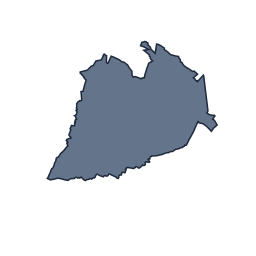 the district of Gutu, Masvingo, Zimbabwe, rotated 125°
{"feature_id": "62879985B73698916591345", "entity_name": "Gutu", "entity_type": "district", "adm_level": 2, "iso_a3": "ZWE", "parent_name": "Zimbabwe", "parent_adm1": "Masvingo", "projection": "natural_earth1", "projection_center": [31.544, -19.591], "detail": "fine", "context": "isolated", "style": "filled", "palette": "slate", "viewbox_px": 256, "rotation_deg": 125, "n_neighbors": 0, "source": "geoboundaries", "source_scale": "gbopen_adm2", "svg_char_len": 5732}
<svg xmlns="http://www.w3.org/2000/svg" viewBox="0 0 256 256"><g transform="rotate(125 128 128)"><path d="M215.6,165.2L215.3,163.6L215.1,162.3L214.9,161.6L214.5,161.4L213.4,160.2L209.3,156.6L208.3,154.5L206.4,149.3L205.9,148.5L205.8,148.0L205.6,147.5L205.1,147.0L204.3,146.7L203.8,146.6L202.6,146.0L200.1,143.0L199.7,142.9L198.7,142.7L198.0,142.2L197.9,141.9L198.0,140.7L197.9,140.5L197.7,140.3L197.1,140.1L196.9,140.0L196.7,139.6L196.8,139.0L196.6,138.7L196.1,138.5L195.5,138.6L195.3,138.4L195.2,138.1L195.3,137.4L195.8,134.4L195.5,132.8L195.2,132.5L194.6,132.5L194.3,132.3L193.9,132.0L192.4,130.6L191.5,130.3L191.3,130.2L191.2,129.9L190.9,129.5L190.8,128.5L190.1,128.2L189.4,128.1L188.6,127.9L188.3,127.0L188.0,126.9L187.4,126.7L186.7,126.8L186.4,126.9L186.1,127.2L185.6,127.1L185.0,127.2L183.8,126.9L183.5,126.6L183.4,126.2L183.3,124.9L183.0,123.1L182.3,120.7L182.1,120.2L181.8,120.1L180.7,120.1L180.4,119.9L180.2,119.5L179.7,118.0L179.5,117.7L178.9,117.3L178.3,117.2L176.4,117.1L176.2,117.0L176.0,116.4L176.0,114.3L175.5,112.9L175.6,112.5L175.6,112.2L175.2,111.2L175.2,109.8L175.1,109.2L175.4,108.7L175.4,108.3L175.3,107.7L175.1,107.3L175.0,107.1L174.2,107.1L173.5,107.4L173.0,107.8L172.6,107.9L171.5,108.0L171.3,107.8L171.0,107.6L170.5,106.6L170.2,106.5L169.2,107.0L168.8,107.1L167.8,107.5L167.5,107.2L167.1,106.6L166.8,105.6L166.5,105.0L166.2,104.8L165.9,104.8L165.3,105.2L164.8,105.4L164.0,105.4L163.7,105.6L163.6,106.1L163.4,106.3L162.9,106.3L162.8,106.0L162.5,105.9L161.5,106.5L161.1,106.4L160.8,106.0L160.5,105.3L160.3,104.9L160.0,104.7L159.9,104.5L159.4,103.2L158.5,101.5L158.4,100.9L158.0,100.5L157.8,100.0L157.5,99.9L157.3,99.9L156.5,99.7L156.2,99.4L155.9,99.6L155.6,99.5L155.1,99.3L154.9,99.2L154.6,98.2L154.8,96.4L154.7,96.2L154.3,95.9L154.1,95.7L153.3,95.5L152.8,95.4L152.1,95.0L151.6,94.9L151.3,95.0L150.8,95.0L150.1,94.8L149.9,94.6L149.8,94.2L149.8,93.7L149.7,93.5L148.9,93.0L148.5,92.8L148.1,92.8L147.3,93.5L147.0,93.6L146.3,94.2L145.9,94.2L145.7,94.0L145.5,93.5L144.6,92.3L144.1,91.2L143.8,90.9L143.5,90.8L143.3,90.8L143.0,91.2L142.9,91.6L142.8,92.1L142.5,92.5L142.3,93.5L142.2,93.6L141.8,93.5L141.3,92.9L141.0,92.4L139.1,93.2L138.7,93.2L137.8,92.5L137.3,92.4L137.0,92.2L136.8,92.0L136.7,91.6L135.3,89.9L135.1,89.5L134.3,88.8L133.2,87.6L133.0,87.4L132.8,87.1L131.9,86.8L131.3,85.8L130.7,85.4L129.9,84.7L129.5,84.5L129.1,84.1L128.4,83.8L127.4,83.0L126.4,82.6L126.0,82.1L125.4,81.0L125.2,80.8L124.5,80.5L123.1,79.7L122.5,79.2L121.7,78.0L120.9,77.7L119.3,77.2L118.3,76.7L117.4,76.0L117.1,75.8L115.9,74.4L115.4,74.3L114.4,73.8L113.3,73.0L112.9,72.4L112.7,72.2L112.1,72.2L111.5,72.1L110.8,71.4L109.7,71.6L109.4,71.6L109.1,70.9L108.7,70.4L104.7,70.9L102.8,71.3L99.2,71.6L94.8,72.1L94.2,72.1L85.0,74.0L84.4,74.0L82.5,74.3L82.5,73.7L83.0,72.8L81.5,69.0L81.6,64.2L82.9,57.8L78.8,57.8L74.5,56.7L74.4,56.7L72.1,61.8L72.3,63.7L68.3,63.7L68.0,64.6L68.7,65.3L70.3,68.6L70.5,72.1L68.5,72.2L67.7,72.7L42.0,95.8L41.5,96.6L50.1,97.7L49.8,98.3L49.6,98.3L50.3,99.6L49.5,100.9L49.4,103.3L47.3,102.7L44.0,101.9L43.7,104.2L43.6,105.8L43.4,106.4L44.6,107.5L44.7,113.1L44.8,113.3L44.9,116.8L44.7,118.2L44.3,119.6L43.5,121.1L43.4,122.0L43.9,122.9L41.9,124.5L41.5,126.3L40.4,127.6L41.8,130.5L43.5,135.4L42.9,139.0L42.9,143.5L41.7,144.2L41.8,146.2L41.7,148.5L42.1,149.3L42.0,150.5L42.8,152.7L51.2,148.6L50.9,150.4L50.6,151.8L50.4,155.0L49.7,155.0L49.0,156.2L48.5,159.1L46.9,160.7L47.3,161.2L46.9,162.6L47.7,164.1L48.8,164.8L49.9,165.8L53.4,164.9L52.4,161.3L51.9,156.2L55.3,159.7L55.8,152.7L56.9,151.7L57.1,150.6L58.0,149.7L58.7,148.4L58.9,146.3L62.9,148.1L63.2,148.1L67.8,146.9L74.8,144.7L77.5,143.4L77.7,143.5L77.9,144.0L78.2,144.1L78.2,144.4L78.4,144.7L78.8,144.8L79.3,145.1L79.7,145.6L80.3,145.6L80.4,146.0L80.4,146.4L80.8,148.3L81.7,151.5L81.8,151.7L83.4,153.2L82.3,155.1L79.2,157.4L77.9,161.9L76.6,164.3L76.4,169.5L77.3,170.7L77.1,174.3L78.1,180.1L78.8,183.0L86.5,181.5L86.8,183.2L81.1,187.0L81.3,188.7L80.9,189.4L81.3,190.1L83.1,189.8L83.2,189.6L87.5,188.9L91.5,192.7L96.6,192.3L98.3,193.5L103.8,194.5L104.2,194.7L105.1,195.5L107.8,197.8L109.6,199.3L110.6,198.4L110.5,197.8L110.8,196.0L111.1,195.7L110.9,195.3L111.3,194.6L111.4,194.2L111.4,193.5L112.1,193.0L112.1,192.2L112.5,191.6L112.6,190.4L112.8,189.8L117.4,188.3L123.9,185.9L125.1,187.4L130.7,182.7L131.3,182.2L132.0,181.8L133.1,183.0L133.4,183.3L133.7,183.3L134.0,183.2L134.2,183.5L135.5,184.0L137.6,184.0L139.5,182.5L141.6,181.5L142.1,180.1L143.3,180.7L144.3,178.9L146.3,178.2L147.4,178.2L148.6,178.9L148.6,177.8L150.3,175.2L150.4,175.4L150.5,175.4L150.7,175.7L151.1,175.7L151.4,175.5L151.7,175.7L152.0,175.7L152.7,175.3L152.9,175.1L152.9,174.7L153.0,174.6L153.3,174.6L153.5,175.0L154.3,174.7L154.8,174.1L155.2,174.2L155.8,173.6L156.6,173.2L156.9,173.3L157.4,173.9L157.8,174.8L158.4,175.8L161.9,174.9L162.1,174.6L162.2,174.0L162.4,173.7L164.5,173.3L165.3,172.9L166.6,172.8L167.1,172.5L167.7,172.2L168.0,171.8L168.3,169.7L168.5,169.1L168.8,168.9L169.0,169.0L170.0,170.0L170.3,170.2L171.0,170.7L171.5,170.7L172.5,171.6L173.0,171.4L173.4,171.5L173.5,171.0L173.9,170.7L174.0,170.5L174.0,170.2L173.9,169.8L174.0,169.4L174.4,169.6L174.6,169.6L174.8,169.0L175.1,169.0L175.4,169.2L175.8,169.2L176.2,168.4L176.7,167.7L176.9,167.1L177.1,167.0L177.7,167.1L179.1,167.4L179.8,167.3L180.6,167.6L181.0,167.6L181.3,167.3L182.0,167.5L183.0,167.6L184.3,167.9L185.1,167.8L185.3,168.0L185.8,168.1L186.7,168.4L187.3,168.4L187.9,168.6L188.8,168.5L189.9,168.4L191.4,168.4L192.0,168.6L193.0,169.3L193.8,169.4L194.3,169.3L196.4,168.2L198.2,168.1L199.3,167.9L199.7,167.8L200.6,167.2L201.6,167.1L202.4,166.9L203.9,166.6L204.2,166.7L204.8,167.1L206.0,167.0L207.9,166.6L208.9,166.1L209.4,166.0L210.2,165.9L212.1,165.7L214.2,165.2L215.6,165.2Z" fill="#64748b" stroke="#1e293b" stroke-width="1.5"/></g></svg>